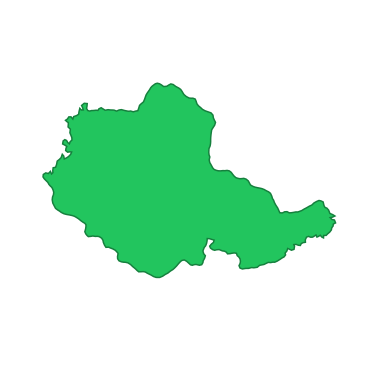 Lagoa Formosa, Minas Gerais, Brazil, rotated 21°
{"feature_id": "56859067B15651251561335", "entity_name": "Lagoa Formosa", "entity_type": "district", "adm_level": 2, "iso_a3": "BRA", "parent_name": "Brazil", "parent_adm1": "Minas Gerais", "projection": "robinson", "projection_center": [-46.318, -18.761], "detail": "fine", "context": "isolated", "style": "filled", "palette": "green", "viewbox_px": 384, "rotation_deg": 21, "n_neighbors": 0, "source": "geoboundaries", "source_scale": "gbopen_adm2", "svg_char_len": 4826}
<svg xmlns="http://www.w3.org/2000/svg" viewBox="0 0 384 384"><g transform="rotate(21 192 192)"><path d="M334.0,163.2L331.5,162.7L328.4,162.6L326.1,160.0L323.6,158.7L321.8,158.8L320.1,157.4L318.0,154.3L315.6,154.1L313.6,154.4L311.8,156.1L309.8,158.5L308.5,161.3L306.7,163.1L304.7,165.6L302.6,168.0L301.1,170.0L299.6,171.3L298.0,172.7L295.9,173.5L294.0,174.7L291.9,175.9L290.3,176.6L287.8,176.3L285.7,177.2L283.8,179.2L281.4,179.9L279.5,178.0L277.7,176.2L274.9,174.2L272.6,172.2L271.1,170.4L269.5,169.3L268.0,167.3L265.7,165.1L263.5,164.4L261.0,164.2L258.5,163.8L255.9,163.8L253.9,164.1L251.7,164.5L248.9,164.9L246.8,164.9L244.1,164.5L242.0,162.7L240.6,161.5L238.0,160.6L235.5,160.7L233.4,161.8L231.7,162.5L229.8,162.8L227.9,162.9L225.7,162.1L223.6,160.9L221.6,159.6L219.2,158.9L217.0,159.3L215.1,160.3L213.1,161.0L211.2,162.0L209.0,162.8L206.6,163.1L204.5,163.0L202.6,162.0L200.2,159.9L198.0,158.1L196.5,155.8L196.1,152.9L194.6,151.2L193.5,149.1L192.3,145.5L192.4,142.6L192.0,140.4L191.4,138.4L190.7,136.6L190.0,134.6L189.2,131.8L188.6,129.3L188.1,126.9L188.6,124.3L189.2,121.6L189.0,118.6L186.7,116.5L185.3,115.0L184.0,112.7L181.4,111.3L178.5,111.4L175.2,111.5L172.2,111.1L169.8,110.1L167.1,109.2L165.0,107.9L163.4,105.9L161.7,104.1L159.2,104.1L157.5,104.8L155.6,105.3L152.4,104.9L149.6,103.9L148.1,102.8L146.6,101.6L144.7,100.3L142.5,99.7L139.1,99.3L135.9,98.4L133.5,98.7L132.0,100.4L130.6,102.3L127.8,103.7L124.8,102.9L122.7,102.6L120.6,102.9L119.0,104.1L117.9,105.8L116.8,107.6L116.1,109.4L115.7,111.9L114.9,115.0L114.4,117.6L114.4,119.8L114.5,122.4L114.4,125.3L112.9,127.9L112.0,129.9L112.2,132.6L112.3,135.5L110.2,136.8L108.4,138.2L105.7,138.4L104.0,139.3L102.2,139.7L99.6,140.1L96.6,140.4L94.5,141.6L92.6,143.5L89.8,143.5L87.7,144.2L85.9,144.8L84.2,145.2L81.6,146.8L79.1,146.3L77.0,145.9L75.3,147.7L74.9,149.6L73.2,150.0L71.1,151.1L69.0,152.0L67.5,153.1L65.4,153.3L63.6,151.7L63.2,149.5L62.5,147.0L59.6,147.8L57.9,150.8L59.5,152.3L61.1,154.3L59.3,155.1L57.3,154.1L57.7,157.3L58.3,160.1L56.8,162.1L54.5,164.0L54.6,166.6L52.1,165.2L50.1,166.0L49.5,168.6L48.2,170.4L49.8,171.1L51.6,171.5L52.3,173.3L53.0,175.7L55.9,176.9L56.8,180.5L58.8,182.6L60.4,184.4L61.3,186.5L60.2,188.8L60.3,191.0L58.2,190.3L56.4,188.8L54.5,188.7L53.4,190.5L54.0,193.5L57.1,193.9L58.8,194.4L58.7,196.4L59.2,198.6L61.6,199.4L63.7,198.2L65.3,197.8L65.2,200.4L64.0,203.2L62.5,205.3L60.9,206.9L59.4,204.4L57.4,203.3L57.5,206.8L56.5,209.1L55.1,211.5L55.7,214.7L55.8,217.8L53.7,219.1L54.3,221.7L55.2,223.8L54.4,225.5L52.4,223.5L51.3,226.2L48.6,226.6L46.9,228.9L47.5,231.3L49.3,232.6L51.5,233.6L54.0,234.7L55.6,236.1L57.2,237.0L59.6,238.0L61.5,239.8L63.0,241.8L63.6,244.1L63.6,246.7L64.3,249.4L66.0,252.2L68.1,254.1L70.5,256.2L73.4,257.0L75.2,257.3L77.2,257.9L80.2,258.2L83.0,257.9L86.0,257.3L88.7,256.9L90.9,256.8L93.0,257.1L95.5,257.6L98.8,258.7L101.2,259.3L103.1,259.6L104.7,260.5L105.4,262.3L105.9,264.6L106.2,267.5L107.9,269.2L109.6,270.2L111.2,270.8L113.2,269.8L115.2,268.6L117.7,268.1L119.4,267.3L121.4,266.9L124.2,267.5L126.2,269.0L127.3,270.8L129.4,273.0L131.5,274.5L133.9,273.4L135.9,273.5L138.5,273.5L141.3,273.9L143.4,274.9L145.0,275.8L145.6,279.0L146.5,281.0L148.5,282.4L151.0,282.5L153.1,282.1L154.9,281.5L157.5,281.1L160.6,281.7L163.4,282.9L165.6,283.6L167.2,284.2L169.0,285.0L170.9,285.6L173.0,284.7L175.0,283.8L177.1,283.4L179.1,283.8L181.4,284.0L183.6,284.2L186.4,284.7L189.1,284.6L192.4,283.4L194.8,281.1L196.6,278.5L198.5,276.4L200.2,273.5L201.9,271.3L202.9,269.4L204.1,266.6L205.1,263.7L205.9,261.7L206.9,259.7L209.1,258.2L211.9,258.6L214.7,259.7L216.7,260.5L218.5,260.3L220.0,259.1L221.7,258.2L225.2,257.7L227.1,256.4L227.5,254.1L227.1,252.2L227.5,249.5L227.3,246.7L225.0,245.4L223.3,243.1L223.3,239.4L224.0,237.3L224.0,234.7L223.6,232.4L222.9,230.0L225.2,229.3L227.4,229.2L229.9,229.0L230.1,231.4L228.8,233.6L227.9,236.2L229.3,237.7L231.8,238.4L234.0,238.3L235.7,237.1L238.0,236.0L241.4,236.1L243.6,235.6L245.7,235.9L247.3,237.0L249.7,235.9L251.5,234.7L253.4,233.7L255.5,233.3L257.0,235.2L259.0,235.9L260.8,237.2L262.0,239.2L262.5,241.2L262.3,243.9L264.1,245.8L266.6,245.8L269.3,244.2L272.2,243.0L274.7,241.2L276.9,240.6L279.9,238.9L281.4,236.2L283.5,234.9L285.1,233.9L286.6,232.3L288.4,230.4L290.8,229.7L292.6,228.5L294.4,227.9L296.3,226.0L298.2,223.5L299.8,221.2L301.2,219.6L301.9,217.2L300.8,215.7L301.7,213.2L301.6,210.4L303.5,210.5L305.7,210.7L307.8,209.0L307.2,206.0L305.9,204.6L308.0,203.6L310.3,203.6L312.3,203.1L312.5,201.0L313.8,199.5L315.9,198.3L314.9,196.0L315.1,193.1L316.6,191.7L318.9,191.7L320.8,190.9L322.0,189.3L323.2,187.7L324.8,189.3L326.1,188.0L327.2,186.4L329.2,187.5L331.2,187.7L330.5,185.4L332.8,184.4L333.6,182.5L334.9,180.2L335.7,177.5L335.3,175.3L335.9,173.3L335.4,171.3L337.1,169.4L335.0,167.1L332.5,167.5L330.2,166.4L332.2,165.1L334.0,163.2Z" fill="#22c55e" stroke="#15803d" stroke-width="1.5"/></g></svg>